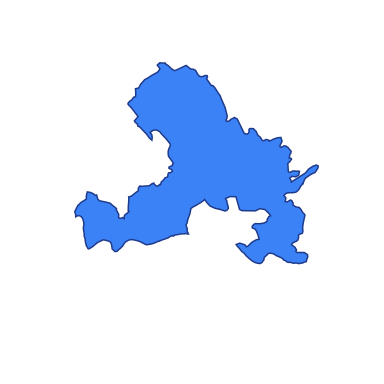 El Mansora, Ad Daqahliyah, Egypt, rotated 234°
{"feature_id": "37247803B83073428854351", "entity_name": "El Mansora", "entity_type": "district", "adm_level": 2, "iso_a3": "EGY", "parent_name": "Egypt", "parent_adm1": "Ad Daqahliyah", "projection": "orthographic", "projection_center": [31.42, 31.053], "detail": "fine", "context": "isolated", "style": "filled", "palette": "blue", "viewbox_px": 384, "rotation_deg": 234, "n_neighbors": 0, "source": "geoboundaries", "source_scale": "gbopen_adm2", "svg_char_len": 6036}
<svg xmlns="http://www.w3.org/2000/svg" viewBox="0 0 384 384"><g transform="rotate(234 192 192)"><path d="M139.0,309.4L140.7,308.5L141.8,304.9L142.0,299.9L140.7,295.0L141.7,278.3L143.7,279.0L145.9,279.3L145.9,282.0L143.3,284.9L143.0,288.2L144.3,289.8L145.6,291.1L149.8,285.9L150.1,283.6L150.7,282.3L152.0,282.0L158.8,286.3L159.1,289.0L160.1,291.9L160.7,291.9L161.7,291.3L162.3,290.6L164.9,293.3L165.2,294.6L166.8,296.2L169.7,295.9L171.4,295.9L173.9,295.0L175.2,293.7L175.6,291.4L175.9,290.1L176.5,289.8L177.5,290.1L177.8,290.4L180.1,294.7L183.9,296.0L185.6,293.1L186.9,288.9L187.2,286.6L187.8,284.3L188.8,284.6L191.1,282.7L191.1,280.4L192.4,279.4L193.0,279.1L194.6,279.4L196.6,279.4L198.5,278.8L200.5,278.8L203.0,279.5L207.2,278.9L209.2,276.3L209.2,275.0L206.6,273.0L206.3,270.7L208.6,268.7L224.4,271.5L227.3,270.2L227.9,266.3L227.6,263.7L228.9,261.4L230.2,261.7L230.8,263.0L232.4,265.0L240.5,268.3L243.4,269.0L249.8,270.4L253.7,271.4L257.3,271.4L262.4,271.8L265.7,271.5L266.9,270.2L275.0,270.3L276.0,272.2L277.3,272.6L277.9,271.9L278.6,271.0L278.9,269.3L279.5,267.7L281.2,266.1L283.7,265.8L288.3,266.4L290.2,265.5L292.1,263.5L293.1,262.9L294.7,262.6L297.9,261.6L299.6,252.5L300.2,249.8L300.9,248.9L303.8,247.9L308.3,247.0L311.9,245.7L312.2,246.0L313.8,243.7L315.5,241.9L315.1,238.5L310.6,238.5L310.0,237.5L309.3,235.2L309.3,233.2L310.0,228.0L310.3,221.8L310.7,219.8L309.4,213.9L307.5,210.0L308.8,207.0L305.2,204.7L302.3,202.4L303.0,200.4L302.0,197.8L302.0,194.5L301.4,192.5L300.9,191.9L299.5,191.9L295.3,192.5L284.7,192.7L283.4,187.2L281.6,187.0L280.1,187.6L278.9,187.6L277.0,186.9L275.8,187.8L274.1,188.1L265.4,189.3L260.9,189.2L257.5,190.0L259.5,191.9L262.1,193.2L264.9,193.2L264.7,197.2L263.0,199.8L261.1,200.7L259.5,201.4L257.2,201.4L250.5,202.3L244.0,202.6L242.4,201.9L240.5,198.6L238.9,196.6L236.6,195.0L234.7,194.0L227.3,193.9L226.6,193.6L226.1,193.6L225.7,192.3L225.0,191.6L225.7,188.0L224.7,187.3L223.8,187.7L222.5,188.6L220.5,188.6L220.2,187.3L220.2,186.3L221.2,184.4L220.6,183.1L219.0,181.7L218.6,181.1L219.3,178.5L218.3,175.2L218.3,173.2L216.4,170.9L217.1,170.3L217.1,169.6L216.7,168.6L217.1,167.6L218.0,166.7L220.3,166.0L221.6,166.4L222.2,164.7L222.2,161.1L222.9,159.8L224.2,157.9L226.1,154.6L227.5,153.5L227.4,153.0L227.1,152.0L226.5,150.7L226.2,150.4L225.2,150.0L224.5,148.7L224.6,147.1L224.3,140.3L225.3,137.9L224.6,137.6L222.7,136.2L217.8,132.0L215.9,130.6L214.3,129.3L213.3,129.7L213.0,128.0L213.0,124.7L212.4,123.1L210.3,121.4L212.1,120.8L212.1,120.1L213.1,118.2L214.0,117.8L214.3,117.5L214.7,117.8L216.9,119.5L221.1,120.2L221.7,120.0L223.0,121.2L228.8,119.6L230.8,119.3L233.4,117.3L239.2,112.1L241.4,111.5L245.7,113.1L246.2,111.8L247.5,111.5L249.1,110.9L251.7,109.3L253.6,107.3L253.3,107.0L252.6,106.0L250.4,103.7L248.5,102.7L248.5,100.1L248.8,96.5L248.2,91.9L246.9,89.2L245.0,85.6L241.4,84.3L240.3,83.4L240.2,84.6L239.8,85.8L239.3,86.6L238.3,87.4L237.4,87.8L236.2,88.0L235.1,87.9L233.5,87.5L231.9,86.9L230.3,86.1L228.5,84.8L227.0,83.1L225.0,81.9L222.2,80.6L219.4,78.7L218.3,78.5L217.1,78.0L216.2,77.6L215.2,76.9L211.4,75.2L210.0,74.9L208.2,74.8L207.8,74.6L207.3,74.6L206.8,74.9L206.5,75.4L206.2,79.8L206.5,83.4L206.6,86.7L206.0,89.0L205.6,91.8L205.2,92.3L203.9,93.6L202.2,95.0L200.5,96.2L199.6,96.4L198.5,96.5L197.5,96.3L195.1,95.2L193.0,94.0L189.2,94.6L188.6,95.5L188.1,96.4L188.1,97.2L188.2,97.8L188.5,98.5L188.5,100.9L188.8,102.8L188.9,103.5L189.8,106.1L190.4,107.3L190.6,108.4L190.5,111.4L190.3,112.3L189.9,113.5L189.2,114.8L188.3,116.0L184.9,119.0L182.7,120.6L176.9,123.6L176.2,124.1L175.6,124.9L175.2,125.9L174.1,127.9L172.8,131.5L172.5,133.0L172.3,134.5L171.5,136.4L170.7,140.1L170.0,142.0L169.5,143.9L168.9,145.6L168.9,147.7L168.4,150.2L167.9,150.7L167.3,150.9L167.2,151.1L167.2,151.8L167.4,152.9L167.3,153.0L165.8,155.6L164.7,158.3L162.5,161.4L162.5,161.8L162.3,162.3L162.0,162.7L160.9,163.4L160.1,164.5L162.3,164.9L163.3,165.2L165.2,166.6L167.1,167.2L168.8,167.6L169.7,169.6L171.3,171.5L171.6,171.5L176.1,178.1L179.4,181.5L179.3,182.1L179.3,184.0L178.7,188.3L178.6,190.6L178.3,192.9L178.3,196.8L178.6,197.8L174.4,197.8L169.9,198.4L165.4,201.0L160.5,205.2L157.3,207.4L156.7,209.4L157.0,210.7L157.6,212.0L160.8,213.4L162.1,213.7L164.4,215.0L167.0,215.1L166.0,220.0L162.3,224.8L149.9,220.2L147.6,221.4L139.5,232.2L138.8,235.8L138.8,236.8L135.0,240.7L129.2,241.6L126.7,241.6L126.9,241.3L126.9,239.6L125.6,236.7L124.3,235.7L124.4,232.4L126.3,228.5L129.2,224.6L129.5,222.9L128.9,220.6L127.6,219.7L124.7,221.3L122.8,221.2L118.6,220.2L114.3,218.5L115.4,216.3L115.7,215.3L115.7,214.6L116.1,211.7L116.1,210.4L115.7,207.8L115.4,206.1L115.4,204.8L115.8,203.8L117.7,203.9L119.0,203.2L122.5,200.6L123.6,196.9L121.3,196.8L119.6,197.0L118.1,197.2L116.6,197.2L114.9,197.3L113.2,197.7L111.8,198.2L108.9,198.3L107.4,198.6L104.0,199.3L101.1,200.1L99.8,200.6L98.3,201.3L97.0,202.2L95.8,203.2L94.1,205.0L93.9,206.1L93.9,207.3L94.0,207.8L94.5,208.5L94.5,209.2L94.7,210.1L95.4,210.7L96.1,211.4L96.5,212.3L96.8,213.0L96.9,215.5L97.2,216.3L97.3,217.2L97.1,218.3L96.7,219.1L94.4,221.5L93.5,221.7L92.5,222.3L91.4,222.6L90.1,223.2L89.6,223.8L88.2,224.4L86.7,225.4L84.9,226.1L84.0,226.2L83.2,226.1L81.8,227.1L80.9,227.4L79.9,227.6L78.9,228.2L77.8,229.3L77.7,229.7L77.6,230.2L76.3,230.9L75.2,231.8L74.6,232.4L74.1,233.4L72.9,235.0L71.0,236.6L70.7,237.9L69.7,239.5L69.4,240.4L69.3,241.5L69.0,242.4L68.9,242.7L68.5,243.4L70.5,245.9L71.5,247.6L73.4,248.6L77.0,247.3L79.9,243.4L81.2,241.5L83.1,241.1L83.7,242.5L87.0,242.8L90.8,241.5L91.5,243.2L91.2,246.1L90.8,247.4L90.8,249.1L92.1,251.1L94.7,253.0L94.4,255.0L93.7,257.0L95.0,258.6L98.2,260.6L101.4,263.6L106.9,269.8L107.9,269.9L110.4,269.5L114.3,269.9L116.6,269.6L118.8,267.3L122.1,266.0L123.7,267.4L125.3,267.4L125.9,267.7L126.9,267.4L127.6,267.1L127.9,264.1L127.9,263.5L129.5,261.8L132.1,264.5L135.0,264.2L135.6,267.1L135.0,269.1L132.1,273.3L130.8,275.9L130.8,277.9L131.4,280.5L132.7,283.2L133.6,286.1L133.3,286.8L133.9,287.1L136.5,291.4L136.5,296.6L136.2,299.6L135.5,302.8L135.5,303.2L137.1,307.4L138.1,308.8L139.0,309.4Z" fill="#3b82f6" stroke="#1e3a8a" stroke-width="1.5"/></g></svg>